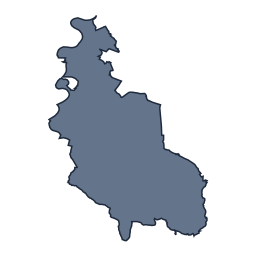 Miresu Mare, Maramures, Romania (Natural Earth projection)
{"feature_id": "2599482B2877681477100", "entity_name": "Miresu Mare", "entity_type": "district", "adm_level": 2, "iso_a3": "ROU", "parent_name": "Romania", "parent_adm1": "Maramures", "projection": "natural_earth1", "projection_center": [23.369, 47.496], "detail": "fine", "context": "isolated", "style": "filled", "palette": "slate", "viewbox_px": 256, "rotation_deg": 0, "n_neighbors": 0, "source": "geoboundaries", "source_scale": "gbopen_adm2", "svg_char_len": 5706}
<svg xmlns="http://www.w3.org/2000/svg" viewBox="0 0 256 256"><path d="M205.8,212.1L205.6,211.3L205.6,210.6L203.9,207.6L203.4,206.1L203.7,205.8L203.0,204.6L203.2,204.0L204.1,203.0L204.3,201.7L204.7,200.7L204.8,199.1L204.7,198.7L203.6,198.0L203.0,198.2L201.7,195.7L202.1,194.9L201.8,192.0L202.1,190.9L201.8,190.3L203.4,187.8L204.2,187.0L205.2,186.4L205.8,185.1L206.0,184.0L207.0,182.4L205.8,181.9L207.0,180.6L205.2,180.0L204.4,180.8L203.0,180.8L202.9,178.2L203.1,176.3L201.3,176.9L201.2,176.8L199.6,174.3L200.9,173.4L198.8,171.0L198.3,169.8L198.2,168.8L196.5,167.2L195.2,165.0L194.0,163.9L188.0,159.9L184.9,158.6L179.8,155.9L178.6,155.4L179.1,154.7L179.0,154.4L178.0,153.7L177.1,154.3L176.1,154.5L176.1,153.8L174.3,153.5L172.3,152.6L170.4,151.5L169.0,150.1L166.7,149.8L166.3,149.5L165.5,149.5L164.0,148.4L163.8,144.0L163.6,142.9L163.0,142.0L162.9,141.1L163.6,140.0L163.6,135.3L161.8,135.3L161.7,134.6L161.4,126.3L159.8,108.4L159.9,106.9L160.5,104.8L152.5,102.3L149.3,100.8L147.8,100.4L147.4,99.9L147.5,99.5L146.8,99.0L146.6,98.6L146.4,96.4L146.0,96.2L146.2,95.9L146.2,95.5L145.9,95.2L145.6,94.4L144.7,93.5L140.1,93.7L138.0,93.1L132.1,92.2L129.9,92.2L129.1,92.4L127.8,93.2L122.5,97.1L121.6,97.4L121.1,97.3L120.8,96.4L119.2,94.2L116.6,92.8L115.7,91.2L114.8,90.5L118.8,85.2L121.4,81.1L111.9,77.5L111.5,76.5L110.7,76.2L110.5,75.6L109.6,75.1L110.1,74.7L110.4,74.2L110.2,73.9L109.7,74.0L110.0,73.4L110.1,72.9L109.7,72.5L109.8,72.2L110.3,71.2L111.0,70.5L111.7,70.8L113.0,70.4L113.0,69.9L110.4,63.5L110.9,62.7L109.1,61.7L108.6,62.5L106.8,61.7L105.9,63.3L104.7,63.8L103.5,61.6L101.3,60.1L99.3,59.3L100.3,57.2L98.2,56.4L99.7,55.5L100.7,55.4L101.5,54.4L102.1,53.0L101.5,51.2L100.7,50.2L99.8,49.5L99.9,49.3L106.2,51.7L109.0,48.7L118.5,52.2L119.0,51.8L119.1,51.1L117.7,49.9L118.2,49.4L118.3,49.1L116.1,48.0L116.0,47.4L115.5,46.7L115.5,46.0L114.9,45.7L115.3,45.2L114.7,44.9L115.3,44.5L115.8,43.8L116.0,42.1L116.3,41.5L116.1,41.0L114.3,39.2L114.0,38.8L114.1,38.5L110.3,35.9L110.5,35.3L111.0,35.0L110.1,34.5L110.5,33.8L108.9,33.3L108.7,31.2L107.8,30.4L105.5,26.4L103.6,27.0L103.1,27.4L95.8,30.5L95.4,28.6L95.9,27.6L95.4,26.4L93.8,24.5L93.3,23.5L92.6,20.0L95.4,18.0L95.4,17.8L96.0,16.9L96.4,15.4L95.9,16.5L94.5,17.7L93.0,18.7L90.1,19.9L86.3,20.3L84.5,20.1L77.8,17.9L75.4,18.4L73.6,19.0L72.4,19.8L71.6,20.6L71.0,21.7L70.7,22.7L70.9,23.9L71.8,25.7L74.0,27.6L78.5,29.9L79.4,30.5L81.8,33.4L82.6,36.4L82.5,37.5L82.1,39.2L80.4,41.7L79.2,43.0L77.4,45.6L75.8,46.7L74.6,47.2L72.5,47.6L70.6,47.6L67.2,47.1L63.7,46.9L63.0,47.0L60.5,48.2L59.5,49.0L58.5,50.0L57.5,52.5L57.1,54.3L57.1,55.1L57.5,56.0L58.0,56.0L58.4,57.8L65.5,58.0L65.1,59.1L65.2,59.5L64.8,60.0L64.7,60.6L65.3,60.9L64.1,61.5L62.7,61.8L63.8,62.4L65.9,62.5L66.6,62.7L66.7,62.9L66.1,64.1L66.1,66.7L66.4,69.0L66.3,70.8L65.9,72.3L64.0,75.4L62.5,77.0L64.2,77.0L65.8,76.8L71.9,77.0L75.4,78.5L78.3,81.4L77.6,85.7L77.2,85.5L75.6,87.7L74.8,88.3L75.9,88.4L74.1,90.4L70.4,90.0L70.5,89.3L68.2,87.4L66.7,85.5L68.3,84.2L68.7,83.4L68.6,81.8L67.3,79.9L65.2,79.1L64.9,79.1L64.1,79.5L62.1,78.6L61.3,78.4L59.9,78.8L57.8,80.9L55.6,85.0L56.1,87.1L56.6,87.8L58.7,88.9L61.9,88.4L63.4,88.5L65.0,88.9L66.3,89.5L67.2,90.2L68.7,92.4L69.3,94.1L69.3,95.1L68.3,97.4L66.8,99.0L65.0,100.5L62.7,102.0L57.1,104.6L58.1,105.8L59.0,107.7L59.1,110.2L57.7,112.9L55.0,115.8L49.0,119.5L50.5,120.9L49.3,122.4L49.0,123.1L49.1,124.4L49.8,127.3L51.3,129.5L52.6,130.3L57.6,131.8L59.3,132.9L60.0,134.0L60.4,134.8L60.8,135.0L59.3,138.4L63.5,137.7L66.6,138.5L69.6,140.0L68.2,145.3L71.9,146.3L70.8,150.9L70.7,152.4L70.1,153.3L69.9,154.5L70.3,155.3L70.9,157.3L71.4,158.2L72.5,159.3L76.9,166.8L77.1,167.4L74.8,167.5L74.8,169.6L73.9,170.3L73.5,170.9L73.0,171.3L73.1,171.6L71.1,172.7L70.3,174.9L69.0,176.6L68.9,177.2L69.4,179.0L69.3,179.8L69.1,180.2L68.5,180.6L68.1,181.4L68.2,181.9L68.8,182.6L68.6,182.7L69.0,182.8L69.2,183.1L69.3,183.8L69.6,184.1L70.9,184.5L71.6,185.3L73.2,185.3L74.6,185.8L75.5,185.6L76.5,185.9L76.9,186.7L77.7,187.3L78.3,187.5L78.9,188.2L79.4,188.4L80.0,189.0L81.7,189.9L83.4,192.0L84.0,192.1L84.9,193.0L85.6,193.1L86.0,193.6L86.4,194.5L88.5,197.1L89.1,197.4L90.0,198.1L91.1,198.4L92.0,199.2L92.8,199.5L94.8,201.3L95.2,202.2L95.7,202.7L99.7,204.4L101.6,204.3L102.7,204.6L104.7,204.8L107.3,206.5L108.1,207.3L110.2,208.2L110.2,208.8L109.6,209.6L109.4,210.6L109.2,212.9L109.3,213.2L110.5,214.4L110.7,215.3L110.5,216.3L111.3,217.3L113.1,217.8L115.9,219.0L118.1,220.2L118.6,220.8L119.3,224.1L118.9,225.7L118.3,226.3L118.4,226.9L118.7,227.9L118.8,229.7L119.7,232.0L119.9,233.7L120.6,234.8L120.8,235.6L121.8,237.5L122.3,239.6L123.2,239.7L123.9,240.2L125.0,240.6L126.4,240.6L128.6,238.5L129.6,236.9L129.7,234.9L130.2,232.0L130.3,229.8L131.0,227.5L131.7,225.9L131.7,224.5L132.1,222.9L131.7,222.1L131.7,221.6L137.3,221.6L140.8,222.6L141.5,223.3L141.9,224.0L143.4,225.0L145.6,224.7L149.5,225.2L150.6,225.1L151.8,225.5L154.9,225.0L155.3,224.2L155.5,223.4L155.4,222.1L154.9,221.4L154.3,219.4L154.7,218.5L156.6,219.7L157.1,219.8L160.1,219.0L161.4,218.3L163.1,219.3L166.1,220.3L166.1,221.6L167.3,222.7L166.8,223.7L167.2,224.8L167.3,226.0L167.9,226.9L169.2,227.9L170.1,229.0L171.1,229.7L172.9,230.2L174.5,230.0L175.4,232.1L175.4,232.9L175.0,233.4L175.5,234.4L175.9,234.3L175.9,232.1L175.7,231.3L175.9,230.7L179.3,231.7L181.7,233.4L185.1,234.5L186.8,234.3L187.0,234.6L187.5,234.2L187.3,233.9L187.7,233.8L188.2,234.1L188.7,235.0L190.2,234.9L190.5,234.7L190.9,234.8L192.9,233.5L193.5,234.3L194.0,235.9L194.3,235.3L199.1,233.0L198.7,231.6L199.9,231.1L199.3,231.0L199.0,230.7L199.8,230.0L200.3,229.2L202.6,227.9L204.1,226.7L204.9,226.4L205.9,224.9L206.1,223.9L205.7,222.3L206.5,221.2L207.0,220.3L207.0,219.8L206.9,218.2L206.6,217.5L205.8,218.0L204.7,215.9L205.8,212.1Z" fill="#64748b" stroke="#1e293b" stroke-width="1.5"/></svg>